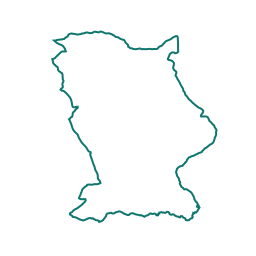 Kimilili, Western, Kenya (Robinson projection), rotated 280°
{"feature_id": "3690345B99583391945286", "entity_name": "Kimilili", "entity_type": "district", "adm_level": 2, "iso_a3": "KEN", "parent_name": "Kenya", "parent_adm1": "Western", "projection": "robinson", "projection_center": [34.729, 0.788], "detail": "fine", "context": "isolated", "style": "outline", "palette": "teal", "viewbox_px": 256, "rotation_deg": 280, "n_neighbors": 0, "source": "geoboundaries", "source_scale": "gbopen_adm2", "svg_char_len": 5776}
<svg xmlns="http://www.w3.org/2000/svg" viewBox="0 0 256 256"><g transform="rotate(280 128 128)"><path d="M47.4,202.6L47.9,204.1L48.9,204.7L49.8,205.6L50.4,206.8L51.6,207.2L52.5,206.5L53.5,206.7L54.7,207.0L55.8,207.0L55.6,208.2L56.7,208.7L56.6,209.7L57.7,210.5L58.9,211.0L60.1,211.3L61.0,211.8L62.0,212.1L62.5,209.6L63.6,209.8L63.9,210.9L64.9,210.0L66.6,208.9L67.2,207.6L68.3,206.8L69.1,205.9L70.0,205.6L71.9,204.6L72.9,203.7L74.2,202.7L75.5,201.5L76.7,199.1L77.9,196.1L77.7,195.0L77.3,194.0L78.4,192.8L79.0,191.4L79.6,190.6L80.4,190.2L81.0,189.5L82.1,188.7L83.5,188.9L85.5,187.4L86.8,187.1L87.8,186.3L88.5,185.4L89.3,184.8L90.5,184.1L91.7,183.7L92.4,183.1L93.8,183.0L95.0,183.3L96.2,183.3L97.6,184.2L98.5,185.0L99.3,186.0L99.9,187.2L100.2,188.3L101.3,188.7L103.0,190.0L104.0,190.3L104.8,191.1L105.7,191.5L106.9,191.7L108.9,192.7L109.8,193.4L110.3,194.5L111.0,195.1L112.2,197.6L113.0,198.7L113.9,199.7L114.8,201.1L115.6,202.1L117.0,204.7L118.1,205.1L119.0,205.8L120.0,206.5L121.1,207.0L122.5,208.8L123.3,209.5L125.9,211.7L126.9,213.1L128.0,214.1L129.2,214.6L131.5,215.1L133.1,215.1L135.6,215.8L136.7,215.9L137.9,215.8L139.0,215.4L141.2,215.6L142.5,214.6L143.7,213.3L144.9,212.7L145.7,212.1L146.2,211.0L147.9,209.0L149.2,206.9L151.3,205.6L152.5,204.6L152.9,203.1L152.6,200.9L152.2,199.4L152.0,198.1L152.9,197.6L154.1,198.0L155.1,198.6L156.0,199.0L157.0,199.2L158.2,199.0L159.2,197.6L159.9,196.0L160.2,194.5L160.8,193.1L161.7,191.5L162.1,190.7L163.8,187.7L164.5,186.6L165.2,185.9L166.5,183.6L167.4,182.3L168.4,181.5L169.6,180.3L170.4,179.0L171.5,178.2L172.5,177.9L173.5,177.1L174.1,176.1L175.2,175.7L176.2,175.4L177.2,174.5L178.5,173.3L182.0,170.7L182.9,170.0L184.9,168.2L186.6,167.0L187.9,165.7L189.3,165.8L190.3,166.1L191.6,165.8L192.3,165.1L192.9,163.6L194.1,162.4L195.4,162.0L196.7,162.0L198.7,162.2L200.0,161.9L201.0,160.9L201.6,160.0L202.0,158.9L202.1,156.3L202.6,155.3L203.7,155.4L207.0,156.2L208.1,156.3L209.9,158.0L210.3,159.3L210.3,160.4L209.8,161.3L210.1,162.3L210.8,163.4L211.8,164.2L216.5,163.2L218.7,162.9L223.0,161.9L225.8,161.3L226.9,160.6L226.8,159.2L225.9,157.9L225.0,156.5L223.2,155.0L222.4,154.0L220.3,150.6L219.3,149.7L217.4,148.6L216.6,147.9L215.6,147.5L214.7,146.7L214.2,145.7L213.3,144.5L212.4,144.0L211.5,143.5L210.7,142.5L210.5,141.1L210.2,139.3L209.7,137.9L209.8,136.9L209.7,135.6L208.6,131.4L208.5,129.7L208.0,128.3L208.4,125.7L207.8,124.5L207.4,123.2L207.0,122.3L206.8,120.8L206.8,119.3L207.1,118.0L207.0,116.2L207.8,115.1L208.1,114.0L209.1,113.9L209.9,113.5L210.5,112.6L211.3,111.2L212.5,110.1L213.3,109.5L214.0,108.8L214.2,106.4L214.4,105.4L214.9,104.0L215.5,102.9L215.6,101.4L215.5,100.3L216.0,99.4L216.7,98.1L216.9,96.8L217.6,95.7L217.6,94.5L218.0,93.3L217.7,91.5L217.3,90.0L217.4,88.9L217.8,87.5L218.2,85.6L218.3,84.4L217.7,83.4L217.1,82.6L217.1,79.6L217.0,78.2L216.3,77.2L215.3,76.1L214.9,74.4L214.8,73.0L215.0,72.0L215.0,70.9L214.5,69.8L213.3,67.5L213.0,66.1L212.3,65.2L212.0,64.3L211.2,61.9L211.3,60.4L211.4,59.1L211.2,57.6L211.3,56.2L210.8,54.7L209.7,53.2L208.5,52.9L207.5,52.5L206.7,51.4L205.9,50.6L204.7,49.8L204.4,48.7L203.8,47.7L203.1,45.0L202.7,44.0L202.3,42.7L201.6,41.5L201.3,40.1L199.9,42.3L199.3,43.5L198.7,45.5L198.0,48.7L197.4,49.8L195.2,52.1L193.9,52.7L192.7,53.4L192.3,52.3L192.0,50.2L191.2,48.9L186.0,45.1L184.4,44.1L183.3,42.9L182.7,41.5L180.5,42.5L179.0,43.0L177.9,44.2L177.2,45.6L176.3,46.5L176.0,47.9L174.8,48.5L173.6,48.9L172.7,49.3L171.9,50.2L171.6,51.2L171.0,52.2L170.5,53.5L169.4,54.2L164.7,55.3L163.8,55.9L163.0,56.4L160.5,55.7L159.5,55.8L157.9,56.5L157.0,56.7L156.0,56.3L155.1,55.3L154.0,54.9L153.3,56.2L153.4,57.7L153.0,58.8L152.3,60.0L151.2,61.7L147.9,65.7L146.1,66.9L144.6,67.7L140.2,69.3L139.3,69.9L139.0,70.9L139.2,72.2L139.9,73.7L140.2,74.7L139.1,74.9L138.1,74.1L136.7,73.0L135.2,72.4L134.1,71.4L133.0,71.0L130.6,71.2L129.4,71.0L128.3,69.6L127.1,69.2L126.4,68.4L125.3,69.3L122.2,71.3L118.5,73.2L116.7,74.4L115.2,76.0L112.9,79.4L111.6,80.3L110.0,81.2L109.0,82.0L108.0,83.0L107.2,83.5L105.7,85.0L104.5,86.4L103.8,87.3L102.5,89.2L101.8,90.0L100.8,91.0L98.6,92.8L98.0,93.9L97.7,95.4L96.7,95.7L95.6,95.3L94.2,95.9L89.8,98.4L87.0,99.9L84.2,101.7L81.4,102.9L80.6,103.4L79.6,104.3L78.0,105.5L77.2,106.0L75.5,106.6L74.1,106.8L73.0,107.2L72.1,108.0L71.1,109.3L70.0,110.0L69.0,110.4L67.6,108.2L67.2,106.8L67.0,105.8L66.9,104.5L66.4,103.8L65.9,102.4L65.7,100.6L65.5,99.1L64.9,97.6L63.6,97.2L62.9,96.1L60.7,94.4L59.6,93.7L58.2,93.4L57.0,93.4L55.8,93.0L53.6,92.7L51.4,92.0L50.2,92.0L49.7,93.6L49.9,95.3L50.3,97.0L50.5,98.4L49.5,98.9L48.3,98.6L46.5,97.4L45.2,96.4L44.3,95.8L43.1,94.7L40.7,92.5L39.2,90.8L38.6,89.8L37.6,88.8L35.6,87.6L34.6,86.3L33.8,85.6L32.8,85.8L32.3,87.1L31.7,88.3L30.9,89.0L30.9,91.9L30.4,93.8L29.6,96.3L29.4,97.6L29.4,98.7L29.1,99.8L30.1,101.7L31.8,104.1L32.6,105.5L32.8,106.9L32.5,108.0L33.0,109.1L32.4,109.9L32.3,110.9L31.7,112.3L31.7,113.9L31.5,115.4L30.5,115.9L31.2,117.3L32.0,118.4L33.0,119.5L34.0,119.9L34.8,120.4L36.1,121.0L37.2,121.6L39.2,121.8L40.3,122.7L40.7,124.0L41.2,125.0L41.6,126.1L41.1,127.4L41.3,128.7L42.0,129.7L42.9,130.6L43.3,131.7L43.8,132.6L44.3,133.4L44.4,134.5L44.2,135.6L43.8,136.8L43.5,137.9L43.0,138.7L42.5,141.4L42.2,142.9L42.5,144.0L43.5,144.7L44.4,145.8L44.9,147.4L44.7,148.7L44.4,149.9L44.2,151.3L44.3,152.7L44.0,155.0L44.5,155.9L44.1,157.1L43.9,158.5L43.4,159.4L44.9,161.2L45.4,162.5L46.4,163.6L47.3,164.1L47.8,165.4L47.5,166.5L47.8,167.6L48.3,168.8L48.2,169.8L47.4,170.7L46.9,171.8L47.3,172.7L48.3,172.3L49.0,173.6L50.1,173.5L50.4,174.6L51.0,175.5L50.7,176.6L51.0,177.8L50.8,178.9L51.2,179.9L52.2,180.9L52.3,182.2L51.7,183.3L50.8,183.6L50.2,184.4L50.1,185.8L50.7,186.7L50.7,188.3L49.8,189.7L49.4,191.3L49.4,192.9L49.0,193.9L49.1,195.0L50.3,195.2L50.6,196.8L49.5,197.8L49.2,198.8L48.9,200.1L47.4,200.9L47.4,202.6Z" fill="none" stroke="#0f766e" stroke-width="2"/></g></svg>